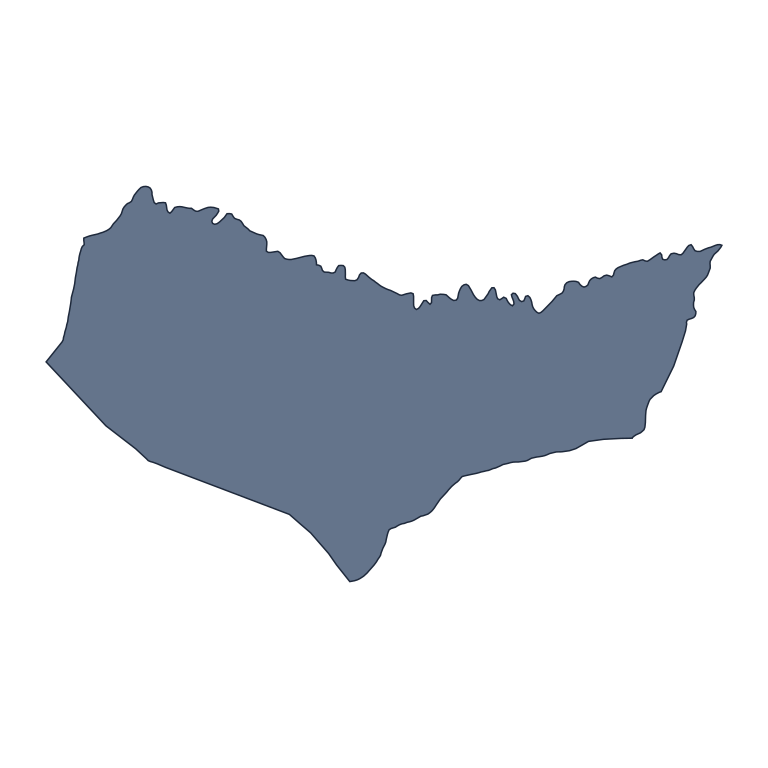 Ash Shu'ayb, Al Dali', Yemen
{"feature_id": "15242507B23193372099194", "entity_name": "Ash Shu'ayb", "entity_type": "district", "adm_level": 2, "iso_a3": "YEM", "parent_name": "Yemen", "parent_adm1": "Al Dali'", "projection": "mercator", "projection_center": [44.973, 13.834], "detail": "fine", "context": "isolated", "style": "filled", "palette": "slate", "viewbox_px": 768, "rotation_deg": 0, "n_neighbors": 0, "source": "geoboundaries", "source_scale": "gbopen_adm2", "svg_char_len": 6096}
<svg xmlns="http://www.w3.org/2000/svg" viewBox="0 0 768 768"><path d="M673.7,366.1L682.1,341.9L685.5,330.9L686.7,324.0L686.4,322.4L687.1,320.2L689.1,319.2L691.5,318.5L693.7,317.5L695.2,315.8L695.8,313.7L695.9,311.5L694.6,309.5L693.7,307.3L693.5,305.0L693.6,302.3L694.3,300.0L694.3,297.7L693.8,295.2L693.7,292.8L694.8,290.4L696.1,288.4L699.2,284.5L700.8,283.0L704.5,279.1L706.2,277.2L707.5,275.2L708.5,272.7L710.2,268.1L710.2,265.7L710.0,263.5L710.2,261.3L712.9,256.3L714.2,254.3L717.9,251.0L720.8,247.3L721.9,245.3L720.0,244.6L717.5,244.7L715.3,245.4L710.9,247.2L708.5,247.8L704.6,249.3L700.2,251.4L697.2,251.4L695.0,250.7L693.7,248.8L692.6,246.6L691.1,244.7L688.8,245.5L687.3,247.1L682.9,253.3L681.1,254.8L678.6,254.6L676.5,253.7L674.0,253.2L671.1,253.8L669.7,255.5L668.4,257.8L667.0,259.5L664.8,259.9L662.7,259.3L661.9,257.2L661.7,254.9L660.1,252.9L658.0,254.1L656.0,255.5L654.1,256.7L649.8,259.8L647.3,261.3L645.1,260.9L642.8,259.8L640.5,260.3L638.1,261.2L635.1,261.7L631.8,262.5L629.6,263.1L627.0,264.2L623.5,265.3L618.1,267.6L616.1,269.0L614.7,270.7L614.0,272.9L613.4,275.2L611.8,276.9L609.2,275.8L606.7,275.1L604.1,275.8L602.0,277.4L599.8,278.6L597.5,278.2L595.4,277.1L593.3,277.7L591.3,278.9L589.7,280.6L588.7,282.7L587.9,284.9L586.2,286.3L584.0,287.1L581.9,286.2L580.0,284.5L578.5,282.3L576.0,281.4L573.7,281.2L571.4,281.3L569.2,281.6L566.8,282.7L565.0,284.7L564.3,286.8L564.1,289.0L563.3,291.3L562.0,293.1L559.8,294.3L556.8,295.7L552.0,301.5L542.9,310.8L541.0,312.4L538.9,313.3L536.8,312.2L535.1,310.5L533.7,308.7L532.7,306.7L532.1,304.5L531.7,302.1L530.9,299.6L529.9,297.5L527.9,295.7L525.6,296.4L524.8,298.6L523.8,300.9L521.6,301.6L519.5,300.4L518.4,298.5L517.4,296.3L515.3,293.6L513.0,293.2L511.4,294.7L512.0,297.1L512.9,299.3L513.7,301.5L514.0,303.9L512.5,305.8L510.4,304.7L508.4,302.5L507.2,300.5L506.2,298.4L503.7,297.2L501.9,298.5L499.8,299.8L497.7,298.8L496.8,296.8L495.9,292.3L495.4,289.9L494.0,287.7L491.8,287.8L489.1,291.6L488.2,293.6L486.8,295.6L484.0,299.5L481.8,300.5L479.6,300.6L477.3,299.4L475.3,297.3L473.5,294.7L471.0,289.9L468.4,285.6L466.2,284.3L464.0,284.8L461.8,286.4L460.4,288.7L459.4,291.0L458.6,293.2L457.7,298.1L456.3,300.1L453.7,300.5L451.4,299.3L449.4,297.8L446.1,294.8L443.7,294.4L440.2,294.2L437.6,294.9L435.4,294.9L432.5,295.4L431.6,297.6L431.5,302.6L430.0,304.3L427.8,302.3L426.2,300.5L423.8,300.7L420.0,306.7L418.5,308.4L416.4,309.5L414.6,308.1L413.7,305.8L413.6,303.5L413.6,296.3L413.1,293.7L410.9,292.9L406.4,293.8L401.7,295.3L399.5,294.9L397.2,293.6L390.5,290.4L388.1,289.6L385.9,288.7L383.5,287.5L381.4,286.4L379.6,285.2L377.5,283.5L375.6,282.2L373.8,280.7L371.8,279.5L368.8,277.1L365.5,274.1L363.5,272.9L361.2,273.0L359.5,274.9L358.6,277.4L357.0,279.8L354.8,280.7L350.3,280.5L347.9,280.0L345.6,279.2L345.3,276.8L345.4,274.5L345.3,269.6L344.8,267.2L343.3,265.6L341.0,265.4L338.7,265.6L337.3,267.5L336.1,269.8L335.2,272.0L333.2,273.0L331.0,273.0L328.8,272.3L324.3,272.1L322.4,270.4L321.7,268.2L320.8,266.2L318.7,265.2L316.5,264.8L316.4,262.4L316.0,260.0L315.3,257.9L314.0,255.9L311.7,255.4L309.5,255.5L304.6,256.3L296.5,258.4L291.2,259.5L289.0,259.5L286.8,259.2L284.6,258.5L283.0,256.7L280.0,252.7L277.8,251.3L270.8,252.4L268.3,252.4L266.4,251.2L266.4,249.0L266.8,244.3L266.8,241.8L266.1,239.4L264.9,237.2L263.2,235.5L258.7,234.5L256.5,233.8L249.8,230.8L248.0,228.9L243.9,225.7L242.6,223.5L241.1,221.3L239.2,219.9L236.9,219.3L234.5,218.3L233.1,216.4L231.7,214.0L229.5,213.6L227.0,213.7L224.3,217.5L219.5,222.0L217.1,223.7L214.7,224.3L212.6,223.4L211.8,221.2L212.7,218.9L216.2,215.3L217.6,213.2L218.8,211.1L218.4,208.9L213.9,207.5L210.6,207.2L208.1,207.4L205.0,208.4L202.7,209.3L198.0,211.3L195.7,211.2L193.7,210.0L191.5,208.3L189.2,208.3L186.8,207.9L181.9,206.8L179.7,206.6L177.3,206.8L174.7,207.5L171.6,211.7L169.9,213.2L168.0,211.9L167.0,209.9L166.3,205.1L165.5,202.8L163.2,202.5L158.4,202.9L156.1,204.0L154.2,202.6L153.3,199.8L152.0,194.5L152.0,192.2L151.4,190.1L150.2,188.1L148.2,186.9L145.9,186.4L143.4,186.6L141.0,187.5L139.0,189.4L137.3,191.3L134.4,195.0L133.3,197.1L132.5,199.2L131.4,201.4L129.5,202.7L127.4,203.6L125.8,205.1L124.2,206.9L122.9,209.0L121.4,213.7L120.1,215.9L116.6,220.4L113.4,223.8L110.8,227.7L108.9,229.3L106.6,230.7L102.9,232.3L100.8,232.9L97.7,234.0L92.0,235.3L89.7,235.9L86.8,236.9L83.8,238.1L83.8,240.5L84.1,242.8L84.2,244.7L82.3,246.5L81.3,248.7L80.7,251.0L80.0,253.2L79.4,255.6L79.0,257.8L78.8,260.1L78.1,262.5L77.8,264.9L77.1,267.5L76.4,272.3L75.4,277.6L74.7,283.6L73.6,289.0L71.4,297.3L71.2,299.6L70.8,302.9L69.4,311.4L68.3,316.8L67.7,321.6L66.8,324.6L66.3,327.3L64.9,331.9L64.4,334.6L63.5,337.5L63.2,339.8L62.1,341.9L46.1,361.9L105.9,425.8L135.7,448.8L146.5,458.8L148.2,460.6L150.5,461.6L152.8,462.2L157.2,463.8L165.6,467.4L289.4,514.4L299.9,523.6L310.7,532.9L328.6,553.5L336.6,565.0L349.8,581.6L354.6,580.7L357.4,579.8L359.7,578.7L361.6,577.5L363.7,576.1L367.3,572.8L368.7,571.1L374.1,565.0L376.6,561.6L377.8,559.5L379.4,557.2L380.5,555.4L381.1,553.0L382.8,548.4L385.0,544.1L385.8,542.0L386.2,539.7L387.4,534.5L388.1,532.2L389.1,529.8L391.1,528.5L395.4,527.2L397.4,525.9L399.6,524.7L402.0,523.8L404.4,523.4L407.2,522.3L409.6,521.8L411.8,521.1L414.1,520.1L420.8,516.2L423.0,515.8L427.9,514.1L429.7,512.8L431.5,511.3L433.1,509.5L434.6,507.5L436.0,505.3L440.4,498.9L445.5,493.5L447.1,491.7L448.5,489.9L451.6,486.5L453.4,484.9L455.4,483.2L457.4,481.8L459.2,480.0L460.6,478.2L462.2,476.5L464.9,475.8L470.8,474.5L476.2,473.4L478.9,472.7L481.0,472.0L483.9,471.4L486.2,470.8L488.5,470.4L490.8,469.5L492.9,468.6L495.5,468.0L500.3,465.9L503.0,464.5L507.9,463.4L510.6,462.6L513.2,462.1L515.6,462.0L518.2,462.0L525.3,461.1L527.5,460.4L531.5,458.2L536.8,457.0L539.3,456.7L542.3,456.2L544.8,455.6L546.9,454.8L549.8,453.5L556.0,452.0L556.8,451.9L561.7,451.8L563.9,451.5L569.5,450.7L575.9,448.6L588.5,441.4L603.6,439.3L621.1,438.4L632.2,438.2L632.2,437.8L634.0,436.2L636.1,434.8L640.5,432.8L642.4,431.2L644.0,429.7L644.9,427.2L645.4,422.6L645.6,415.4L646.0,410.5L646.6,408.1L647.3,406.0L649.0,401.4L650.0,399.4L653.7,395.6L656.1,394.0L659.3,392.3L661.1,391.7L673.7,366.1Z" fill="#64748b" stroke="#1e293b" stroke-width="1.5"/></svg>